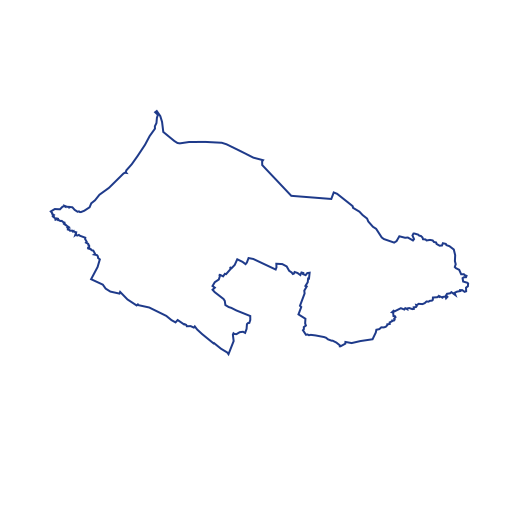 outline of Drogheda Rural Lea-4, Louth, Ireland, rotated 208°
{"feature_id": "5873133B41163047838310", "entity_name": "Drogheda Rural Lea-4", "entity_type": "district", "adm_level": 2, "iso_a3": "IRL", "parent_name": "Ireland", "parent_adm1": "Louth", "projection": "equal_earth", "projection_center": [-6.354, 53.766], "detail": "fine", "context": "isolated", "style": "outline", "palette": "blue", "viewbox_px": 512, "rotation_deg": 208, "n_neighbors": 0, "source": "geoboundaries", "source_scale": "gbopen_adm2", "svg_char_len": 4587}
<svg xmlns="http://www.w3.org/2000/svg" viewBox="0 0 512 512"><g transform="rotate(208 256 256)"><path d="M105.1,262.5L105.4,263.0L103.9,263.8L103.7,264.9L104.5,265.5L104.1,267.5L105.1,268.1L106.4,267.5L108.4,270.5L109.5,270.2L108.8,272.3L107.7,272.1L103.6,277.9L99.9,278.4L99.7,280.0L97.5,280.0L98.0,280.6L96.2,282.0L93.0,282.5L91.8,283.4L92.7,284.7L90.8,286.0L90.6,287.0L91.6,288.0L90.8,288.2L90.0,290.1L86.4,291.7L84.9,293.6L84.1,295.9L82.2,296.7L81.5,298.0L79.7,299.2L79.3,300.3L80.3,302.4L76.6,304.7L76.1,305.8L75.2,305.9L75.5,306.6L71.8,306.8L71.8,307.6L69.6,309.2L68.3,307.9L67.8,309.8L69.7,310.5L69.6,312.3L67.1,314.2L66.5,315.8L61.6,315.1L63.4,316.7L61.8,318.9L59.1,321.0L59.7,321.7L57.9,322.7L55.0,322.3L53.9,323.5L55.7,326.7L54.7,328.7L55.8,331.3L56.8,331.6L61.1,330.7L63.2,333.4L62.6,334.7L60.6,335.9L60.8,337.3L62.9,337.1L63.9,337.5L66.3,336.2L70.1,339.2L73.8,339.1L75.3,339.6L75.8,342.5L78.0,344.9L80.5,350.2L84.4,354.6L89.8,355.5L93.0,355.0L94.1,355.8L97.0,355.0L96.7,352.6L98.7,351.3L102.2,351.4L103.3,352.5L105.5,351.9L107.3,352.7L109.9,351.9L112.7,349.8L114.1,350.2L116.4,349.2L117.7,350.5L119.8,351.1L121.4,350.6L122.9,351.0L126.7,350.2L127.5,349.8L127.5,347.6L124.4,345.1L124.7,343.4L130.6,343.6L132.9,342.1L138.7,340.7L138.9,335.1L140.3,332.7L151.1,331.0L153.7,331.4L162.7,336.4L166.5,336.7L173.1,339.2L175.5,341.2L181.1,342.2L185.5,343.7L193.0,344.1L193.9,345.3L195.1,345.6L213.6,349.0L217.2,348.6L216.3,341.7L253.1,325.7L293.2,339.2L295.0,342.4L294.8,343.9L304.5,341.6L315.6,341.4L334.5,340.8L339.4,339.9L354.4,332.9L368.8,325.1L376.1,319.7L378.4,318.9L382.2,319.2L396.1,322.0L401.9,330.3L406.2,334.6L411.7,337.4L412.5,335.6L408.9,334.6L408.4,331.6L406.3,326.6L406.2,323.1L405.0,321.0L406.2,312.0L406.2,302.2L407.5,288.7L408.8,278.6L410.7,270.8L410.4,268.9L409.5,268.5L410.8,268.0L411.7,266.7L417.8,247.2L423.0,236.6L424.3,229.6L426.2,225.2L425.8,220.9L428.9,215.3L431.2,212.6L432.2,212.1L433.3,212.3L434.3,211.3L437.8,211.6L441.0,212.8L443.3,211.9L443.6,211.3L443.9,211.7L446.0,210.7L448.6,210.4L448.2,210.0L448.9,210.0L450.0,208.6L451.0,205.2L455.7,203.0L458.1,199.0L455.7,198.1L456.5,198.1L455.9,197.8L456.4,197.6L453.7,197.3L454.1,196.3L453.5,196.2L454.2,196.0L453.5,195.9L453.7,195.5L450.5,194.9L449.9,193.0L450.1,194.9L449.3,195.3L450.3,195.5L447.5,196.1L449.0,195.2L447.6,194.7L446.6,195.2L445.3,195.0L444.0,195.8L441.6,195.3L440.8,195.6L440.2,194.9L439.6,195.1L440.2,194.6L438.6,194.2L438.9,194.0L435.1,193.6L435.6,192.8L434.9,192.8L435.4,192.4L434.8,191.3L435.4,190.9L432.8,191.4L432.1,191.0L430.2,192.1L429.3,191.6L428.7,192.5L428.1,192.0L425.9,192.5L425.4,189.7L425.0,190.6L424.6,189.9L423.2,190.3L422.3,191.5L421.1,191.2L415.3,192.0L414.8,190.7L412.2,189.1L412.4,188.0L409.9,188.0L409.3,187.1L408.3,187.0L407.2,185.1L408.9,184.2L407.5,184.3L408.3,183.7L405.7,184.3L403.3,184.0L402.2,184.4L398.9,182.2L399.4,181.4L396.8,182.1L395.5,181.5L394.5,180.1L392.3,179.7L390.7,171.9L390.7,158.1L377.8,158.8L373.4,156.6L367.9,156.2L358.9,158.7L359.1,160.5L349.1,157.3L338.2,156.3L337.6,157.8L336.8,157.4L326.1,160.4L307.1,161.0L300.5,159.7L295.9,159.6L295.1,162.7L287.3,161.8L287.1,162.3L285.3,162.4L284.1,161.5L280.8,163.4L277.3,163.6L277.0,165.1L273.5,163.5L267.1,161.8L252.4,158.9L252.2,159.4L243.4,157.7L236.0,157.3L234.2,156.4L235.8,170.4L239.5,175.7L239.6,177.2L238.4,177.0L236.6,177.8L234.6,181.1L231.9,183.0L229.5,183.0L230.1,187.2L232.0,191.6L231.6,193.0L230.5,193.8L231.0,196.8L232.9,200.3L247.8,198.7L253.5,198.6L256.1,198.1L260.0,198.3L262.5,201.7L264.5,202.8L275.5,204.7L278.5,205.8L277.5,208.7L280.3,209.1L280.1,213.5L277.8,217.8L278.6,222.0L280.0,222.0L278.7,222.5L275.5,222.6L275.1,225.7L273.9,225.9L272.2,233.1L273.9,233.7L271.8,233.9L270.6,238.1L271.0,244.3L265.1,244.5L261.4,243.9L261.0,245.9L261.6,250.7L257.0,252.1L232.3,253.3L232.6,255.6L234.4,258.7L229.0,261.2L224.0,261.2L219.8,258.5L216.8,258.2L215.0,257.4L214.3,258.2L214.4,260.0L211.4,260.5L207.9,260.0L208.1,262.8L206.3,263.2L205.9,262.1L203.2,262.4L202.7,265.0L200.8,266.4L198.6,260.9L199.4,260.6L198.0,257.1L198.3,252.8L196.9,252.9L197.1,248.1L195.5,245.7L193.8,232.7L192.1,232.2L191.1,224.4L182.9,223.8L181.0,219.6L179.3,218.0L180.4,215.7L179.4,213.9L179.7,212.5L174.9,209.9L173.7,210.9L172.1,210.9L170.6,212.1L166.2,213.8L157.8,216.4L155.7,216.7L153.4,216.2L149.5,216.7L148.6,217.2L144.4,217.3L140.1,216.5L139.6,215.6L139.0,215.9L136.0,220.5L136.7,222.1L130.7,224.0L123.9,229.9L114.0,237.2L114.3,244.6L115.1,247.4L112.8,249.3L111.9,251.8L109.6,253.0L108.2,254.4L107.6,256.5L108.0,257.3L106.0,258.8L106.8,260.1L105.1,262.5Z" fill="none" stroke="#1e3a8a" stroke-width="2"/></g></svg>